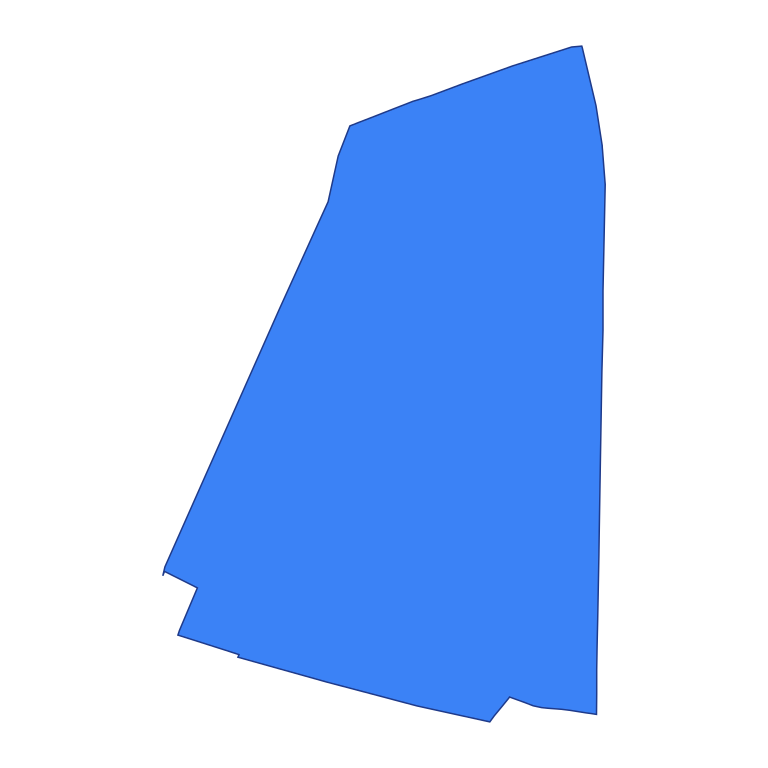 Al Sahil, Al Qahirah, Egypt
{"feature_id": "37247803B54164801772616", "entity_name": "Al Sahil", "entity_type": "district", "adm_level": 2, "iso_a3": "EGY", "parent_name": "Egypt", "parent_adm1": "Al Qahirah", "projection": "natural_earth1", "projection_center": [31.249, 30.094], "detail": "fine", "context": "isolated", "style": "filled", "palette": "blue", "viewbox_px": 768, "rotation_deg": 0, "n_neighbors": 0, "source": "geoboundaries", "source_scale": "gbopen_adm2", "svg_char_len": 942}
<svg xmlns="http://www.w3.org/2000/svg" viewBox="0 0 768 768"><path d="M603.0,295.4L603.0,293.7L603.0,290.9L605.2,184.5L602.5,149.9L602.3,147.8L602.2,145.6L596.0,105.7L582.3,47.8L581.8,46.1L571.6,47.0L512.6,65.9L462.7,83.8L430.7,95.8L417.4,100.0L412.6,101.4L412.2,101.6L395.0,108.3L384.0,112.6L379.7,114.3L359.3,122.2L349.9,125.9L338.2,156.0L328.1,201.8L318.7,222.4L279.5,308.8L164.9,566.9L162.8,575.8L164.5,571.4L197.4,587.9L179.5,630.3L178.7,632.7L177.9,635.1L220.1,648.5L236.5,653.8L239.0,654.6L238.6,655.6L237.9,657.2L327.6,682.3L390.6,698.9L392.8,699.5L395.0,700.1L416.9,705.9L489.8,721.9L494.2,715.9L502.3,706.1L508.4,698.6L509.0,697.8L509.5,697.0L525.2,702.7L533.2,705.8L541.6,707.6L548.5,708.3L561.7,709.3L569.8,710.3L586.2,712.9L590.8,713.5L596.5,714.4L596.7,694.1L596.7,669.5L597.1,645.8L597.7,619.1L598.9,555.6L599.2,534.7L600.1,478.5L601.9,371.4L603.0,330.4L603.0,295.4Z" fill="#3b82f6" stroke="#1e3a8a" stroke-width="1.5"/></svg>